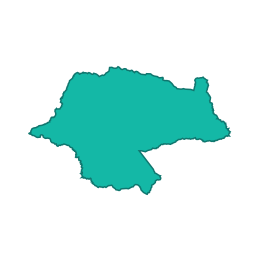 Sucumbios, Sucumbios, Ecuador, rotated 71°
{"feature_id": "8360857B67239224798881", "entity_name": "Sucumbios", "entity_type": "district", "adm_level": 2, "iso_a3": "ECU", "parent_name": "Ecuador", "parent_adm1": "Sucumbios", "projection": "natural_earth1", "projection_center": [-77.598, 0.397], "detail": "fine", "context": "isolated", "style": "filled", "palette": "teal", "viewbox_px": 256, "rotation_deg": 71, "n_neighbors": 0, "source": "geoboundaries", "source_scale": "gbopen_adm2", "svg_char_len": 5834}
<svg xmlns="http://www.w3.org/2000/svg" viewBox="0 0 256 256"><g transform="rotate(71 128 128)"><path d="M65.1,142.6L65.8,143.7L65.3,144.8L63.8,145.9L62.9,147.0L63.3,148.6L62.8,148.8L61.6,150.9L61.7,151.9L60.7,152.3L61.2,153.6L61.0,154.9L61.4,156.2L61.2,156.5L60.0,156.6L59.8,157.1L59.1,157.7L59.3,159.5L59.8,160.3L59.7,161.0L60.4,161.7L60.7,162.3L61.0,162.1L61.5,162.5L61.8,163.5L62.9,164.2L64.3,167.9L65.7,168.7L66.6,169.9L68.7,171.3L68.9,171.8L69.9,172.4L70.4,173.1L71.6,173.4L71.9,173.7L72.0,174.3L73.3,176.2L73.3,177.1L74.2,177.4L74.4,178.1L74.9,178.4L75.9,178.4L76.9,179.5L77.3,180.4L78.0,180.0L78.4,180.3L78.3,181.0L78.0,181.4L78.1,182.0L78.7,182.5L79.1,182.2L80.1,182.3L81.6,183.4L81.8,183.1L82.4,182.9L82.7,182.4L83.3,182.5L83.7,182.1L84.1,182.2L84.9,183.3L86.2,183.8L86.4,184.7L87.8,186.2L86.9,189.0L86.3,189.2L86.9,189.9L86.7,190.3L87.0,190.9L87.4,190.9L88.2,191.6L89.3,191.5L91.3,191.7L92.5,192.5L93.3,193.6L93.4,194.1L93.7,194.1L93.8,195.5L93.3,195.6L93.0,196.8L93.2,197.3L93.8,197.5L94.4,198.5L95.4,198.7L95.7,199.8L96.7,200.0L96.6,200.6L96.9,201.3L96.7,202.1L97.2,202.7L97.0,203.7L97.5,204.9L97.1,205.7L97.5,206.1L97.3,206.9L97.5,208.1L96.9,211.5L97.5,213.0L97.4,213.7L97.7,214.5L97.3,217.4L97.5,219.0L99.4,220.9L100.7,221.4L100.7,223.0L101.0,223.4L101.6,223.0L102.7,221.2L103.8,221.0L104.6,219.3L106.5,217.8L107.4,216.8L108.1,214.1L107.6,213.6L106.6,213.4L106.3,213.0L106.3,212.0L107.0,211.1L107.7,210.7L108.6,211.1L109.1,211.0L110.6,209.8L111.0,209.2L111.3,207.5L112.5,205.4L113.7,205.1L115.4,205.3L116.4,205.0L117.2,204.5L117.9,203.1L119.5,202.3L119.7,201.0L120.1,200.9L121.2,201.2L122.2,200.6L122.4,199.9L121.8,198.9L122.5,197.4L122.1,196.3L122.6,195.2L122.3,194.5L122.3,193.8L123.7,191.8L124.6,191.1L125.2,189.6L127.4,188.8L128.8,187.1L129.4,187.0L130.1,187.4L130.6,186.7L131.4,186.9L131.7,185.9L132.6,186.0L133.0,185.2L133.6,185.3L134.1,185.0L134.9,185.4L136.0,185.2L136.2,186.1L137.6,186.3L138.5,187.1L138.9,186.8L139.2,185.9L139.5,184.1L140.3,184.5L142.5,184.9L142.9,184.7L143.4,183.5L144.0,183.3L145.3,184.5L146.4,183.6L147.0,184.4L148.1,183.5L149.6,184.8L150.0,184.8L151.0,184.0L151.6,184.7L152.3,185.0L152.6,185.7L153.7,185.8L154.4,186.6L155.1,185.7L155.7,185.8L156.0,186.3L155.9,187.4L156.5,187.0L159.0,186.7L159.6,187.8L159.7,186.5L160.5,186.7L161.0,186.0L161.1,185.5L160.8,185.0L162.8,183.6L162.6,182.4L163.7,181.5L163.6,180.8L163.2,180.0L163.4,179.7L164.3,179.5L165.1,180.0L166.4,179.6L167.0,180.2L167.6,179.3L168.3,179.0L168.8,179.7L170.5,178.3L171.7,177.9L172.6,176.7L174.1,175.9L174.6,175.2L174.2,174.4L174.2,173.6L175.0,172.9L175.4,171.7L176.1,171.0L175.9,169.2L177.0,168.2L176.1,165.1L176.5,164.0L176.8,162.0L177.8,161.6L179.2,161.4L181.1,159.9L182.4,159.6L183.4,157.8L184.2,156.8L184.1,155.5L183.4,154.6L183.4,153.8L184.6,149.3L185.6,147.3L185.0,143.5L185.3,142.3L184.2,140.7L183.9,139.4L184.8,137.4L187.3,135.8L188.2,136.0L189.0,135.6L190.8,135.8L194.0,134.3L196.6,131.9L196.9,131.4L195.6,130.1L196.0,129.2L195.8,128.6L194.7,128.2L194.2,127.0L192.2,125.8L191.8,125.0L191.3,124.6L190.3,124.5L189.7,123.9L189.6,122.5L188.5,120.0L187.0,119.3L186.4,117.1L187.0,116.2L187.3,114.4L187.0,114.0L186.0,113.3L184.3,113.7L183.8,112.9L182.9,114.1L180.1,116.3L179.3,117.3L178.2,117.2L177.2,117.5L175.3,117.5L153.2,124.9L153.9,122.8L156.1,119.3L155.7,116.5L156.0,112.8L155.1,111.2L155.9,110.0L156.6,108.0L156.0,107.4L156.4,106.3L155.2,104.3L155.1,103.3L154.5,102.6L154.4,101.4L155.0,100.4L154.6,99.4L155.0,98.9L155.0,98.1L155.7,97.1L156.1,95.2L157.3,93.0L156.9,91.8L157.1,91.3L156.8,90.1L156.7,87.5L156.3,86.9L155.9,86.7L155.8,85.3L155.3,84.0L155.9,82.0L155.6,79.7L156.4,79.2L157.0,78.1L156.7,77.1L157.0,76.0L157.9,74.4L157.9,73.3L158.8,72.8L159.0,70.9L159.4,69.6L159.1,68.9L159.1,67.5L160.5,67.4L161.1,66.9L161.6,65.4L161.5,64.0L161.9,63.3L163.1,62.0L163.8,61.9L164.1,61.3L165.0,61.4L165.0,60.9L165.8,60.5L165.7,60.1L166.1,59.6L166.1,57.2L166.4,56.3L166.5,55.0L167.2,54.0L167.5,53.9L168.0,53.0L167.9,52.4L168.5,51.7L168.2,51.0L168.2,50.5L168.7,50.4L168.3,49.4L168.7,47.7L168.4,47.0L168.4,44.4L168.9,43.6L168.6,42.4L168.9,40.5L168.3,40.0L168.1,39.2L167.7,38.8L167.5,37.1L168.1,36.8L167.9,36.0L168.5,34.8L167.6,35.1L166.7,34.7L165.8,34.0L165.9,33.5L165.3,33.3L164.9,32.6L162.8,34.0L162.2,33.8L161.8,34.3L161.5,34.1L161.7,33.4L161.3,33.0L161.2,34.0L160.3,35.1L159.2,34.9L158.9,34.4L158.4,34.7L156.4,34.3L156.1,34.5L155.5,34.2L155.3,35.0L154.2,34.8L152.5,36.0L152.7,36.8L152.5,37.5L151.4,37.9L150.5,37.9L150.0,39.0L148.6,39.7L148.2,40.7L147.8,39.8L144.9,40.2L143.8,41.4L142.7,42.2L142.0,42.1L141.7,42.6L140.2,42.2L139.4,41.5L138.7,42.3L138.5,42.1L138.5,41.5L138.2,41.3L137.6,41.3L136.9,41.8L136.3,41.9L135.8,41.1L133.6,41.2L133.0,40.4L131.7,40.6L130.8,42.0L129.9,42.1L129.4,41.7L128.8,41.9L128.4,41.3L126.2,40.1L124.4,40.3L123.9,40.8L123.5,40.5L122.0,41.1L121.2,41.0L119.7,42.1L118.1,41.3L117.5,40.6L116.2,40.0L115.9,39.5L115.1,39.3L114.8,38.8L114.4,38.7L114.0,38.1L111.5,38.0L110.9,38.7L110.1,38.9L109.1,37.5L108.7,37.3L108.3,37.9L107.0,39.0L106.4,39.2L105.6,40.0L104.4,40.4L104.5,42.0L104.1,43.2L104.0,44.9L103.3,46.0L103.3,47.5L103.9,48.6L104.6,49.3L106.1,49.2L107.5,49.5L108.4,50.5L109.0,50.2L110.4,51.4L113.9,53.6L112.0,56.1L110.0,61.1L108.8,62.9L108.8,64.2L108.4,65.5L106.8,68.9L105.3,69.3L103.5,71.0L100.2,72.0L97.0,73.8L96.0,75.5L95.1,77.9L94.0,79.3L93.3,79.3L92.3,78.5L91.5,78.7L90.8,82.0L89.9,82.9L89.0,83.4L87.4,86.3L86.1,87.8L84.3,88.9L84.1,89.2L82.7,92.8L83.4,94.0L81.4,98.2L79.7,99.6L78.0,100.6L77.2,101.7L77.1,103.0L77.8,103.7L76.3,104.8L75.1,105.2L74.5,106.1L74.8,107.6L74.0,108.3L73.1,110.0L71.4,110.7L70.7,112.3L70.9,113.9L70.8,114.6L69.7,115.7L68.0,116.4L66.8,117.5L67.6,119.0L67.6,119.9L66.8,122.0L65.4,123.5L64.8,125.7L68.0,127.4L68.7,129.4L68.9,130.9L69.9,132.3L70.4,133.8L69.6,135.1L70.0,138.5L68.6,139.1L66.8,140.3L65.1,142.6Z" fill="#14b8a6" stroke="#0f766e" stroke-width="1.5"/></g></svg>